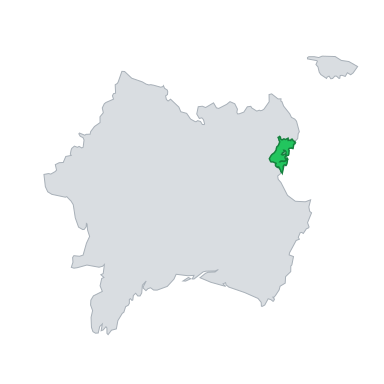 Bouches-du-Rhône on a map of France (orthographic projection), rotated 277°
{"feature_id": "FRA-5274", "entity_name": "Bouches-du-Rhône", "entity_type": "Metropolitan department", "adm_level": 1, "iso_a3": "FRA", "parent_name": "France", "parent_adm1": "", "projection": "orthographic", "projection_center": [4.982, 43.547], "detail": "fine", "context": "in_parent", "style": "filled", "palette": "green", "viewbox_px": 384, "rotation_deg": 277, "n_neighbors": 0, "source": "natural_earth", "source_scale": "10m", "svg_char_len": 6365}
<svg xmlns="http://www.w3.org/2000/svg" viewBox="0 0 384 384"><g transform="rotate(277 192 192)"><path d="M294.1,150.7L291.6,152.1L290.2,155.0L288.6,155.7L285.7,155.8L284.2,154.1L280.7,155.3L279.4,157.2L281.5,159.4L274.7,168.6L270.3,171.1L269.4,177.1L264.2,181.7L262.3,186.4L262.2,187.4L263.5,188.9L263.0,191.9L260.3,194.0L260.4,195.9L261.1,196.2L265.2,194.6L266.8,192.7L265.9,190.3L270.0,187.2L277.4,187.8L278.4,191.8L277.5,195.2L283.1,202.5L278.5,206.0L278.2,208.3L283.2,215.7L286.3,218.7L284.8,223.7L279.8,227.0L276.5,226.8L275.1,227.7L275.3,229.2L277.6,233.7L283.3,236.5L284.2,239.9L282.7,241.1L280.2,246.4L281.4,248.9L281.0,250.0L281.6,251.7L283.1,253.4L291.0,257.6L298.1,256.6L299.1,259.1L294.9,266.0L295.3,269.0L293.1,269.1L292.7,270.2L288.4,272.5L281.5,279.5L278.2,281.6L276.9,285.1L275.0,287.1L264.8,291.2L262.9,290.3L257.9,290.4L254.7,288.0L248.7,286.5L246.8,282.9L241.2,282.2L240.9,279.8L233.1,282.0L222.1,278.6L218.3,275.1L215.1,276.0L212.3,279.1L200.3,287.2L195.4,295.7L196.1,305.7L198.7,310.7L191.4,309.8L187.1,311.2L185.9,313.2L175.6,310.4L171.7,312.4L170.7,312.2L169.4,310.0L164.4,307.5L165.3,305.8L164.7,304.3L160.0,303.0L158.2,304.3L156.6,301.3L143.5,296.2L141.4,296.1L140.3,300.6L131.8,300.0L130.6,299.1L125.0,299.7L119.4,295.2L112.9,295.6L109.2,290.9L105.4,290.4L100.1,287.8L97.7,286.4L97.5,285.1L95.7,286.9L93.7,286.3L93.4,285.7L94.8,283.4L95.3,280.6L88.7,278.0L87.1,275.8L87.1,274.8L90.9,274.1L94.4,270.5L98.6,256.6L102.1,240.2L104.0,237.1L106.1,236.4L104.6,234.0L102.4,236.9L104.7,221.7L107.9,210.4L113.1,215.5L114.2,217.6L115.4,224.6L118.3,227.6L116.5,224.7L115.1,215.5L114.1,212.8L105.9,204.6L105.7,202.9L109.5,204.1L108.4,198.3L108.4,186.3L103.3,184.7L95.3,179.0L90.4,169.4L90.0,165.9L91.9,162.5L90.7,160.1L88.5,158.3L90.6,155.4L92.3,155.2L98.1,157.4L93.5,154.1L85.6,154.4L82.5,153.1L82.2,150.9L84.6,148.4L82.1,146.4L77.6,146.4L77.1,145.6L78.6,143.8L77.6,142.9L73.9,143.4L71.8,142.5L70.1,140.1L64.3,139.0L63.1,137.6L55.3,134.1L46.9,133.6L45.0,128.9L40.2,126.1L41.4,124.8L46.7,124.1L47.8,123.0L44.3,120.7L43.2,118.7L50.1,119.1L47.2,116.8L40.6,116.1L40.1,113.4L41.3,110.7L45.4,108.7L55.3,107.1L62.2,107.8L67.5,105.1L72.4,104.8L76.9,106.8L82.4,115.1L87.7,112.2L95.1,112.9L96.5,115.0L98.8,111.6L100.2,113.8L109.4,113.9L107.4,112.3L106.0,108.9L106.7,96.6L102.9,87.4L102.0,84.1L102.5,81.4L107.8,82.4L112.4,81.5L114.4,82.5L114.5,88.2L116.1,91.6L128.4,93.5L135.4,95.8L141.7,92.9L147.4,91.8L147.9,91.0L144.6,91.2L141.8,89.6L141.4,88.1L143.3,83.7L152.1,79.3L164.9,75.7L168.2,73.1L172.1,68.2L171.4,66.9L172.6,53.2L174.6,48.8L179.4,45.8L191.4,42.9L192.8,47.3L192.6,49.7L195.6,53.7L197.2,54.9L202.5,53.0L204.9,56.6L205.6,60.6L211.9,62.4L213.6,67.7L214.8,66.6L218.8,66.9L220.6,67.3L223.2,69.7L222.4,72.8L223.5,74.4L222.3,77.2L223.1,78.5L230.5,78.5L232.7,77.2L233.7,74.3L235.9,72.6L236.8,73.1L235.3,78.6L236.4,80.0L236.9,83.8L239.7,84.1L245.1,87.2L249.7,92.3L255.4,91.5L259.9,94.3L264.5,92.7L268.9,94.2L270.4,95.7L274.6,102.8L277.8,101.3L280.0,102.1L280.8,104.1L289.1,102.7L290.7,104.7L292.5,105.4L303.2,107.7L303.4,110.4L297.6,118.3L295.2,129.4L293.5,133.3L293.0,136.1L293.5,138.0L293.3,141.0L292.2,148.2L293.1,150.3L294.1,150.7ZM341.2,296.8L340.9,301.4L342.7,304.6L343.9,317.6L340.8,324.1L340.6,331.8L336.7,341.1L329.8,337.4L327.7,335.2L329.3,331.7L325.4,330.0L326.1,326.6L325.7,324.9L322.9,324.8L322.7,324.0L324.6,321.3L324.5,319.7L321.8,317.7L321.3,316.0L323.7,313.9L322.5,312.1L321.1,311.7L324.2,305.6L326.4,303.7L331.5,301.8L333.6,299.5L337.0,300.5L337.6,299.9L338.2,290.4L339.4,290.2L340.5,291.4L341.2,296.8ZM106.7,198.8L105.8,201.4L102.8,196.5L102.6,193.9L106.7,198.8Z" fill="#d9dde1" stroke="#a8b0b8" stroke-width="1"/><path d="M254.7,287.9L254.4,287.8L253.9,287.7L253.6,288.0L253.4,288.6L252.8,288.3L252.5,288.3L252.2,287.9L251.9,287.5L251.7,287.1L251.4,287.0L251.2,287.1L250.9,287.2L249.9,287.1L249.5,287.1L248.8,287.0L248.5,287.0L247.9,287.1L247.4,286.9L247.5,286.3L247.5,286.0L247.7,285.7L247.9,285.2L247.6,284.9L247.6,284.5L247.5,284.3L247.2,283.2L246.2,282.6L244.9,283.4L243.2,283.4L242.4,283.5L241.0,283.4L240.3,283.2L239.9,282.5L239.7,281.8L240.2,280.9L240.9,280.5L242.9,280.5L243.5,280.3L243.9,280.0L244.4,279.4L244.6,278.7L244.6,278.0L243.9,278.4L243.3,278.6L242.7,278.5L242.2,278.0L242.1,277.5L242.1,277.2L241.9,277.1L241.5,276.9L241.3,276.9L240.8,276.9L240.7,276.8L240.4,276.4L240.2,276.3L240.1,276.5L239.9,276.9L239.8,277.3L239.8,277.5L239.9,278.1L240.1,278.4L240.4,278.5L240.7,278.8L241.0,279.6L240.7,280.3L240.2,280.7L239.5,280.7L239.2,280.7L238.0,279.9L237.4,280.2L237.2,280.4L236.6,280.5L236.4,280.7L236.2,281.1L236.3,281.3L236.5,281.9L236.6,282.3L237.3,282.2L236.8,282.7L236.3,283.0L236.2,282.5L235.8,281.7L234.9,281.2L234.1,280.5L233.8,279.7L233.8,277.9L233.8,277.3L233.6,276.9L233.4,276.3L233.1,275.9L232.7,275.6L232.7,275.8L233.4,276.9L233.5,277.2L233.5,279.4L233.8,280.5L234.4,281.1L235.1,281.6L235.6,282.2L235.5,282.8L234.9,282.9L232.0,282.8L230.4,282.4L229.8,282.1L229.8,281.5L230.3,281.0L230.3,280.6L230.1,280.2L229.6,279.8L228.6,279.4L226.3,279.7L221.7,279.3L222.3,278.9L222.5,278.5L222.6,278.2L222.8,277.9L223.0,277.9L223.4,277.6L223.6,277.5L224.1,277.4L224.3,277.3L224.7,277.0L225.6,276.3L225.7,276.2L226.1,276.1L226.3,276.0L226.3,275.8L226.3,275.6L226.6,275.4L227.1,275.4L227.3,275.2L227.5,274.7L227.5,274.4L227.2,274.4L226.9,274.3L226.8,274.2L227.0,273.6L227.1,273.4L227.2,273.1L227.3,272.9L227.9,272.1L228.4,271.7L229.0,271.5L229.3,271.5L230.0,271.7L230.2,271.8L230.4,271.9L230.5,272.0L230.8,271.9L231.0,271.4L231.0,271.2L231.0,270.9L231.0,270.7L231.4,269.8L231.7,269.0L231.7,268.6L231.7,268.4L231.7,268.2L231.6,267.5L231.6,267.4L231.6,267.2L231.5,266.9L231.6,266.6L231.7,266.4L232.0,266.2L232.6,265.9L233.5,265.2L234.5,264.7L237.5,265.9L238.9,266.7L241.0,268.9L241.5,269.2L243.9,270.4L245.3,270.4L246.5,270.6L246.8,270.6L247.1,270.7L247.3,270.8L248.0,271.5L248.4,271.8L248.8,272.0L251.5,272.8L252.6,272.9L253.5,272.4L254.0,272.0L255.5,271.6L256.0,271.3L256.4,270.8L256.9,271.0L257.3,271.9L257.8,272.2L257.3,273.0L255.4,273.6L254.8,274.6L254.9,275.4L255.2,275.9L255.6,276.1L255.8,276.4L255.9,276.9L255.5,278.1L255.5,278.5L257.1,280.8L256.5,281.0L255.4,280.9L254.9,281.2L255.3,282.0L255.3,282.4L255.2,282.7L255.1,283.0L255.1,283.5L255.1,283.8L255.8,283.8L256.4,284.2L256.7,284.9L256.4,285.4L255.6,285.8L255.2,286.2L254.9,286.9L254.7,287.9L254.7,287.9Z" fill="#22c55e" stroke="#15803d" stroke-width="1.5"/></g></svg>